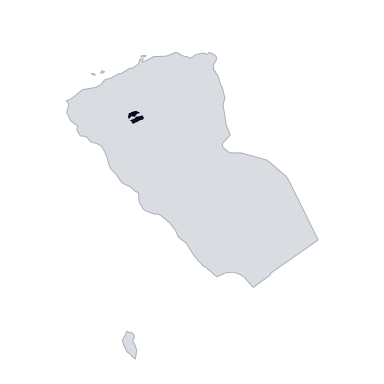 Wald Rabi', Al Bayda', Yemen shown in context, rotated 74°
{"feature_id": "15242507B62394973607201", "entity_name": "Wald Rabi'", "entity_type": "district", "adm_level": 2, "iso_a3": "YEM", "parent_name": "Yemen", "parent_adm1": "Al Bayda'", "projection": "equal_earth", "projection_center": [44.921, 14.611], "detail": "fine", "context": "in_parent", "style": "filled", "palette": "ink", "viewbox_px": 384, "rotation_deg": 74, "n_neighbors": 0, "source": "geoboundaries", "source_scale": "gbopen_adm2", "svg_char_len": 5380}
<svg xmlns="http://www.w3.org/2000/svg" viewBox="0 0 384 384"><g transform="rotate(74 192 192)"><path d="M300.5,159.5L288.5,165.2L285.3,167.8L282.5,171.0L280.3,174.9L278.9,181.8L280.1,188.2L280.1,191.6L277.0,193.9L274.1,195.5L270.8,198.0L268.9,198.6L267.3,200.6L265.4,201.9L258.7,205.5L251.3,208.3L239.6,211.6L235.0,215.2L230.9,217.7L224.6,218.4L216.0,221.8L211.3,224.6L205.3,229.1L204.0,230.5L203.0,233.8L201.2,236.6L197.6,241.3L194.9,243.7L193.1,243.8L189.6,245.1L185.5,245.4L178.5,243.7L176.8,244.9L175.3,246.7L169.9,249.9L164.5,256.3L160.5,258.0L154.1,260.0L149.6,262.7L146.5,263.8L142.6,264.3L135.4,264.1L128.5,265.0L122.2,266.8L119.2,270.2L115.8,275.7L110.3,277.9L108.9,279.9L107.2,283.9L103.6,284.9L100.4,285.6L97.0,283.8L90.7,288.6L88.4,289.4L84.8,289.6L82.2,290.6L80.4,290.4L78.1,288.5L73.2,286.2L69.6,287.7L69.4,283.1L63.5,269.2L64.8,257.0L64.8,255.3L63.6,249.9L60.1,245.0L60.2,238.7L59.1,234.2L58.1,229.6L58.5,228.4L58.5,227.3L56.7,220.2L56.2,218.8L55.9,217.3L56.5,216.1L56.5,214.8L55.6,212.7L54.6,208.5L49.8,205.3L50.8,202.3L51.7,203.3L53.0,204.2L53.2,202.3L53.3,200.8L51.3,191.6L54.3,179.4L53.4,168.4L57.9,164.0L59.0,162.7L59.7,161.5L60.7,159.0L62.2,158.2L62.7,155.5L62.7,154.2L61.7,153.1L61.1,150.0L61.3,146.1L61.5,144.5L62.0,141.5L63.6,140.4L64.0,139.6L62.8,137.7L62.9,136.6L65.6,133.4L66.6,132.5L68.3,131.5L69.7,131.5L71.3,132.1L72.6,132.9L74.0,134.5L75.4,136.4L77.6,137.1L79.1,136.9L80.3,137.7L81.3,137.2L82.5,136.3L84.4,136.4L86.0,135.3L90.8,134.8L95.4,135.1L100.2,134.2L105.0,134.3L109.8,134.4L110.9,134.5L111.9,135.1L116.0,137.8L119.1,138.4L125.3,139.2L132.0,140.0L137.7,140.7L142.6,140.0L146.6,139.5L147.7,139.6L148.9,141.3L151.4,145.6L153.7,149.6L157.7,149.9L160.3,148.3L163.1,146.2L164.9,144.5L166.8,138.0L168.1,133.7L171.1,128.9L173.5,124.9L176.8,119.6L178.6,116.7L182.2,110.9L185.6,108.6L192.2,104.3L198.7,100.0L202.9,97.2L206.5,96.0L212.5,94.9L219.6,93.6L226.7,92.3L234.2,90.9L242.6,89.4L248.4,88.4L255.7,87.0L261.8,85.9L267.3,85.0L272.8,83.9L274.0,87.1L275.1,90.3L276.2,93.6L277.3,96.8L278.4,100.0L279.5,103.2L280.6,106.4L281.7,109.6L282.8,112.8L283.9,116.0L285.0,119.2L286.1,122.4L287.2,125.7L288.3,128.9L289.4,132.1L290.6,135.3L291.6,138.5L293.4,139.5L294.4,142.5L295.9,146.7L297.5,151.0L299.0,155.2L300.5,159.5ZM318.6,289.7L320.1,290.1L322.4,289.0L328.9,288.8L336.8,292.4L335.3,293.4L334.5,294.7L331.0,295.9L327.6,298.7L317.7,300.1L314.7,299.3L312.3,296.6L307.8,293.1L309.6,290.8L309.9,289.8L310.6,288.8L313.1,287.1L315.6,287.4L318.6,289.7ZM52.8,246.2L52.5,246.9L52.1,246.8L50.6,245.1L52.2,243.1L53.1,244.9L52.8,246.2ZM48.2,203.0L47.4,203.7L47.2,202.5L47.7,199.6L48.5,198.8L49.0,200.9L48.7,202.1L48.2,203.0ZM52.0,254.9L50.4,255.9L51.5,253.3L52.6,252.8L53.0,252.9L52.0,254.9Z" fill="#d9dde1" stroke="#a8b0b8" stroke-width="1"/><path d="M106.7,230.4L106.8,230.3L107.0,230.2L107.3,230.1L107.5,230.0L107.8,229.9L108.0,229.9L108.3,229.8L108.5,229.8L108.5,229.7L108.8,229.6L109.0,229.6L109.4,229.5L109.3,228.6L109.2,228.4L109.2,228.2L109.1,227.9L109.0,227.7L108.9,227.5L108.9,227.4L108.8,227.2L108.8,226.9L108.8,226.7L108.8,226.4L108.9,226.1L108.8,225.7L108.6,224.9L108.6,224.6L108.6,224.4L108.4,224.2L108.4,223.9L108.3,223.7L108.2,223.4L108.2,223.2L108.1,222.9L108.0,222.6L108.0,222.3L107.9,222.1L107.9,221.8L107.9,221.7L107.8,221.4L107.8,221.2L107.8,220.9L108.0,220.6L108.1,220.4L108.1,220.2L108.2,219.9L108.1,219.7L108.0,219.4L107.9,219.3L107.9,219.2L107.7,219.0L107.6,218.9L107.4,218.8L107.2,218.8L106.9,218.8L106.9,218.7L105.6,219.1L105.4,219.1L105.4,219.3L105.4,219.5L105.5,219.7L105.5,219.8L105.5,220.0L105.5,220.3L105.5,220.7L105.5,220.8L105.5,221.1L105.5,221.3L105.5,221.6L105.4,222.0L105.4,222.3L105.4,222.5L105.3,222.9L105.3,223.0L105.3,223.3L105.2,223.4L105.2,223.6L105.2,223.8L105.2,224.0L105.1,224.3L105.0,224.8L105.0,225.0L105.3,225.2L105.4,225.3L105.5,225.4L105.6,225.5L105.8,225.7L105.8,225.8L106.0,226.0L106.1,226.3L106.2,226.5L106.3,226.7L106.3,226.8L106.3,227.0L106.4,227.4L106.4,227.5L106.5,227.8L106.5,228.1L106.5,228.3L106.5,228.5L106.5,228.8L106.5,229.0L106.6,229.4L106.6,229.5L106.6,229.8L106.6,230.0L106.7,230.3L106.7,230.4ZM100.9,221.9L99.8,223.1L99.5,223.4L99.4,223.7L99.2,224.4L99.2,225.4L99.2,225.5L99.2,225.9L99.2,226.4L99.2,226.6L99.2,227.3L99.3,228.1L99.3,228.3L99.6,228.7L99.8,229.0L99.9,229.3L99.8,229.8L99.7,229.8L99.7,230.0L99.7,230.3L99.6,230.5L100.4,230.8L100.5,230.9L100.6,230.7L100.5,230.4L100.4,230.1L100.3,229.9L100.5,229.7L101.2,229.1L101.6,228.7L101.8,228.6L101.9,228.4L102.0,228.4L102.1,228.2L102.3,228.0L102.3,227.9L102.4,227.7L102.5,227.6L102.6,227.4L102.7,227.2L102.8,227.1L102.8,226.9L102.9,226.7L103.0,226.6L103.0,226.4L103.1,226.2L102.9,226.0L102.7,226.0L102.6,225.9L101.7,227.1L101.4,227.2L100.9,226.9L101.4,226.5L101.5,226.1L102.1,225.5L102.0,225.4L101.9,225.3L101.9,225.2L101.7,224.8L101.7,224.7L101.6,224.4L101.5,224.2L101.4,224.0L101.3,223.8L101.3,223.7L101.2,223.4L101.1,223.1L101.1,222.9L101.1,222.7L101.0,222.3L101.0,222.2L100.9,222.1L100.9,221.9ZM103.3,232.1L103.2,231.8L103.0,231.6L102.9,231.6L102.8,231.4L102.7,231.2L102.6,230.8L102.6,230.7L102.4,230.4L102.2,230.4L101.9,230.4L101.9,230.5L101.7,230.6L101.6,230.8L101.5,231.0L101.5,231.3L101.6,231.5L101.7,231.8L101.8,231.8L101.9,231.7L102.0,231.6L102.0,231.4L102.4,231.4L102.7,231.4L102.7,231.5L102.7,231.8L102.8,231.9L102.8,232.0L103.0,232.0L103.0,232.3L103.0,232.2L103.3,232.1Z" fill="#0f172a" stroke="#020617" stroke-width="1.5"/></g></svg>